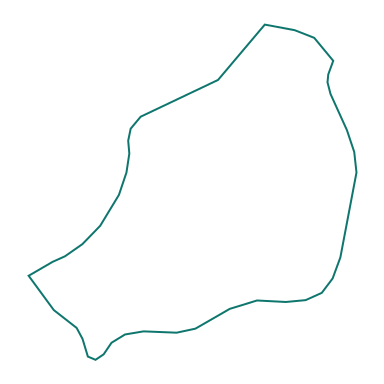 map outline of Ajlun (Albers equal-area conic projection), rotated 179°
{"feature_id": "JOR-855", "entity_name": "Ajlun", "entity_type": "Province", "adm_level": 1, "iso_a3": "JOR", "parent_name": "Jordan", "parent_adm1": "", "projection": "albers", "projection_center": [35.755, 32.279], "detail": "fine", "context": "isolated", "style": "outline", "palette": "teal", "viewbox_px": 384, "rotation_deg": 179, "n_neighbors": 0, "source": "natural_earth", "source_scale": "10m", "svg_char_len": 629}
<svg xmlns="http://www.w3.org/2000/svg" viewBox="0 0 384 384"><g transform="rotate(179 192 192)"><path d="M116.3,358.1L86.5,352.0L67.1,344.0L48.5,320.7L53.7,307.2L54.6,299.3L51.8,287.6L36.0,251.1L29.1,229.2L27.2,208.6L44.8,124.0L52.9,103.1L64.0,88.9L80.3,81.9L100.1,80.4L128.9,82.4L156.3,74.5L191.0,55.3L209.8,51.6L242.9,53.5L261.5,50.7L275.1,42.7L283.2,31.2L291.4,25.9L299.0,29.3L304.0,47.0L309.7,58.1L332.2,76.3L356.8,111.1L332.6,124.6L320.2,129.9L302.5,141.8L284.4,159.8L265.1,190.4L257.2,212.6L254.0,231.5L254.9,244.4L252.2,256.4L242.0,268.2L164.0,303.6L116.3,358.1Z" fill="none" stroke="#0f766e" stroke-width="2"/></g></svg>